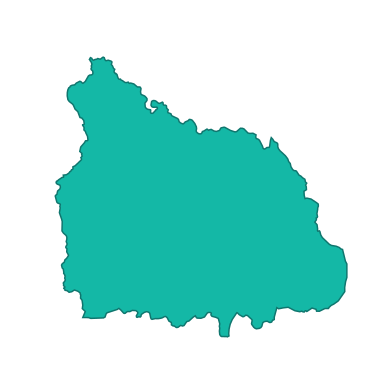 Andramasina, Analamanga, Madagascar, rotated 171°
{"feature_id": "10022922B11040894453097", "entity_name": "Andramasina", "entity_type": "district", "adm_level": 2, "iso_a3": "MDG", "parent_name": "Madagascar", "parent_adm1": "Analamanga", "projection": "mercator", "projection_center": [47.78, -19.337], "detail": "fine", "context": "isolated", "style": "filled", "palette": "teal", "viewbox_px": 384, "rotation_deg": 171, "n_neighbors": 0, "source": "geoboundaries", "source_scale": "gbopen_adm2", "svg_char_len": 5952}
<svg xmlns="http://www.w3.org/2000/svg" viewBox="0 0 384 384"><g transform="rotate(171 192 192)"><path d="M131.5,52.8L130.7,53.2L130.3,55.6L126.3,64.5L124.7,63.1L119.9,63.3L115.0,63.1L108.9,58.6L104.3,56.9L102.1,57.1L101.4,56.4L100.0,55.9L98.7,57.0L98.1,56.9L97.5,56.1L97.1,56.1L91.6,58.6L87.8,56.7L87.6,54.8L84.8,54.3L79.0,56.1L75.4,55.6L74.8,56.5L72.3,58.2L69.5,59.1L64.5,61.6L56.7,69.7L56.1,73.9L54.3,79.5L52.4,83.4L50.3,96.7L51.3,99.7L52.3,111.7L53.6,112.3L55.3,114.2L58.1,115.9L62.6,117.4L64.5,118.8L70.4,126.6L71.5,129.3L71.9,133.1L72.3,133.7L73.8,133.6L74.1,134.3L73.7,136.0L73.6,140.1L75.4,143.0L73.5,145.1L73.4,146.9L72.5,147.1L71.9,147.9L72.0,151.2L70.7,154.8L70.3,156.7L69.4,158.3L69.2,160.3L70.5,161.8L75.5,166.4L79.5,168.0L81.4,167.8L81.7,171.1L81.3,175.2L78.6,176.4L78.3,179.3L78.7,181.1L77.3,182.8L78.4,184.2L78.5,186.9L80.6,188.8L81.9,190.6L83.7,192.0L85.6,196.3L86.4,196.8L87.9,197.2L89.1,198.5L90.3,201.5L90.5,204.8L91.8,207.0L92.2,209.5L92.8,210.8L94.1,213.2L98.6,218.9L99.8,221.1L100.2,223.1L99.8,225.9L100.0,226.7L100.6,227.4L102.9,228.9L104.0,231.5L105.2,233.3L106.4,230.8L108.1,225.2L108.7,224.0L111.1,224.2L112.8,223.3L113.9,223.1L114.9,224.0L115.3,226.4L117.3,232.6L118.5,233.9L120.1,234.7L120.5,236.2L119.8,238.4L122.6,240.5L125.7,240.8L127.5,241.5L130.8,246.2L132.2,247.0L134.2,247.4L138.5,244.7L140.1,244.6L144.4,246.8L149.3,250.6L150.2,251.0L153.2,250.8L153.9,250.3L154.6,249.1L155.4,248.5L158.5,248.0L160.7,248.8L163.2,250.8L164.2,250.8L166.1,250.4L166.9,251.5L167.4,251.8L170.7,250.4L172.3,250.1L172.5,249.4L173.7,248.2L174.9,248.1L176.0,248.4L177.4,249.5L178.2,250.7L178.3,252.0L177.6,253.7L177.5,255.7L178.5,259.2L180.5,262.8L181.8,263.7L183.3,264.1L184.7,263.0L187.7,262.3L189.7,260.7L190.6,260.8L192.5,262.0L193.7,263.4L194.0,265.7L194.7,266.8L199.8,270.3L200.2,270.9L200.6,272.6L203.3,274.1L203.5,275.0L202.6,276.9L203.9,278.6L203.8,281.2L204.6,281.9L205.9,282.1L206.5,282.5L206.7,283.0L206.7,284.9L207.2,285.4L209.5,284.7L210.6,284.7L211.2,284.9L213.3,287.3L214.5,288.1L216.1,288.4L217.7,287.8L218.9,284.3L218.5,282.7L217.3,281.8L213.5,281.3L213.1,280.9L213.0,280.2L213.5,279.4L214.8,278.9L215.2,278.2L216.5,277.4L217.7,276.2L219.0,275.9L220.1,276.2L220.5,277.3L220.0,279.1L220.1,279.7L223.0,280.7L224.2,281.9L224.9,283.3L224.6,287.1L222.2,289.4L221.8,291.0L222.4,292.4L223.7,294.2L226.5,296.0L227.2,296.9L227.1,299.3L226.2,302.0L226.6,303.5L227.2,303.9L229.5,304.3L232.5,307.8L235.5,309.2L237.0,309.1L237.8,310.5L239.8,310.3L241.1,310.7L243.3,312.9L244.5,313.6L245.0,314.7L246.1,314.7L246.8,315.2L247.3,316.6L247.7,319.8L248.6,320.9L248.8,320.7L249.3,321.2L250.1,322.5L250.1,323.5L249.1,325.3L250.1,326.2L250.8,329.0L251.7,330.5L250.7,332.9L251.4,333.9L254.2,335.3L256.0,335.1L256.7,335.3L257.4,336.5L257.6,338.3L258.4,339.0L259.1,339.0L261.6,337.6L262.4,337.7L264.2,338.6L265.6,338.0L266.9,338.1L268.7,337.6L269.6,338.2L270.1,339.8L271.3,340.6L272.6,338.9L271.9,338.1L272.1,337.6L271.4,336.5L270.9,334.3L271.0,333.5L271.8,332.2L271.6,331.0L272.5,329.4L272.3,328.5L271.2,327.1L271.2,325.0L271.6,324.1L272.7,323.4L274.7,323.5L276.1,322.9L280.1,317.9L282.4,316.5L283.1,316.6L284.6,318.5L285.5,318.9L289.2,317.7L291.1,316.2L293.8,316.2L295.5,315.7L296.3,314.7L297.5,314.1L298.7,312.2L299.6,309.7L300.2,306.4L300.1,302.6L299.1,300.6L296.2,297.5L295.6,296.3L294.5,292.1L292.2,289.2L291.0,283.1L289.2,282.2L287.7,279.5L287.8,276.2L288.2,275.6L289.5,275.5L289.6,275.1L288.5,272.7L289.0,270.3L288.8,269.7L287.8,268.6L287.6,267.0L286.5,263.3L286.6,259.8L287.2,259.1L289.2,259.2L290.5,257.5L294.7,254.0L295.0,253.5L296.5,249.6L294.7,247.3L295.1,246.5L294.9,244.6L296.4,243.3L295.9,241.8L296.5,240.9L303.3,236.2L305.7,235.5L305.9,233.6L306.4,233.0L307.5,232.8L308.5,231.5L309.5,231.1L310.7,229.9L313.3,228.7L316.5,228.8L316.4,227.0L316.6,226.7L318.0,226.7L321.9,224.9L323.7,223.6L324.1,223.8L324.7,222.9L324.6,221.8L323.9,220.9L321.4,219.4L321.2,218.5L321.3,217.1L322.0,215.7L324.6,214.0L325.8,210.8L327.3,210.0L327.7,209.4L327.1,203.2L326.5,202.2L324.3,200.9L324.0,200.3L324.8,198.2L324.6,197.0L326.2,192.3L325.0,185.5L324.8,183.1L326.5,173.9L325.4,171.5L323.0,168.6L322.7,166.6L323.1,164.8L324.0,162.7L323.4,160.2L324.0,159.1L325.0,158.0L325.3,157.1L325.1,156.4L324.4,155.5L325.1,152.5L324.0,149.3L324.0,148.5L326.2,146.1L328.1,144.9L329.2,142.6L331.3,141.5L332.3,140.2L332.1,137.3L331.2,136.0L331.2,132.9L331.5,131.7L330.8,130.4L330.5,128.7L331.2,126.8L330.9,125.4L331.3,124.2L333.4,122.2L333.2,121.2L333.5,119.7L332.4,118.0L333.5,117.3L333.7,116.8L332.8,115.9L332.8,114.8L330.7,114.0L329.1,112.2L326.4,112.3L323.5,113.6L320.3,111.9L318.3,109.9L318.3,108.3L318.0,107.8L318.7,104.6L317.5,102.2L317.6,97.3L318.6,94.0L316.1,90.7L319.5,85.1L314.0,84.2L311.7,83.0L299.1,81.5L297.4,82.1L296.0,84.9L294.8,86.0L284.1,87.7L282.4,88.5L280.7,86.5L278.5,83.1L277.9,82.7L276.9,82.7L275.3,83.7L274.2,84.0L272.1,83.6L269.5,84.4L265.9,83.6L264.5,81.9L264.4,81.4L264.7,80.5L266.4,78.3L266.3,77.1L265.8,76.8L264.1,77.1L262.7,76.6L261.9,77.1L261.4,78.6L260.6,79.3L257.8,80.6L255.4,80.9L253.6,80.0L252.7,78.9L252.5,74.4L252.2,73.1L251.4,72.5L248.1,72.7L245.2,72.2L242.6,72.2L241.0,72.4L238.8,73.2L237.5,73.2L236.2,71.8L235.0,68.1L233.0,66.5L232.8,65.8L233.1,64.0L231.7,62.7L230.3,62.3L228.9,60.8L228.2,60.5L226.9,60.6L224.1,62.0L222.2,61.1L220.7,61.4L217.5,64.8L215.1,65.1L210.4,68.2L208.1,69.2L207.4,67.4L206.8,66.7L202.9,65.9L199.2,66.6L195.7,70.2L194.7,70.4L192.9,70.2L191.9,69.3L192.5,67.8L192.4,67.3L191.7,66.1L188.1,64.5L185.8,63.0L185.2,57.4L186.0,55.1L185.9,53.1L186.7,50.4L186.9,46.9L186.3,45.4L185.3,44.6L180.4,43.8L179.7,43.4L178.0,44.0L177.9,46.3L176.8,50.9L175.0,55.4L172.2,59.8L166.6,65.8L166.1,65.6L164.5,63.4L161.4,60.9L160.4,60.8L158.1,61.9L156.5,61.3L152.8,56.6L152.8,55.4L153.8,52.7L153.7,51.8L152.2,48.8L151.0,47.5L149.8,46.8L146.7,46.8L145.2,47.3L144.0,48.5L142.6,51.7L141.6,52.4L140.1,52.7L137.9,52.6L135.8,51.0L134.8,50.9L133.7,51.1L132.4,52.8L131.5,52.8Z" fill="#14b8a6" stroke="#0f766e" stroke-width="1.5"/></g></svg>